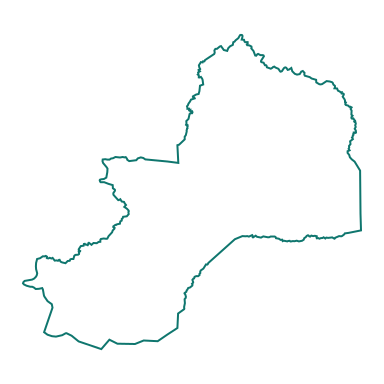 Cedros, Francisco Morazán, Honduras
{"feature_id": "27666195B52498637855734", "entity_name": "Cedros", "entity_type": "district", "adm_level": 2, "iso_a3": "HND", "parent_name": "Honduras", "parent_adm1": "Francisco Morazán", "projection": "albers", "projection_center": [-87.205, 14.525], "detail": "fine", "context": "isolated", "style": "outline", "palette": "teal", "viewbox_px": 384, "rotation_deg": 0, "n_neighbors": 0, "source": "geoboundaries", "source_scale": "gbopen_adm2", "svg_char_len": 5908}
<svg xmlns="http://www.w3.org/2000/svg" viewBox="0 0 384 384"><path d="M52.5,307.7L44.1,332.2L47.5,334.7L52.0,336.2L56.0,336.6L62.2,335.2L65.6,333.3L66.5,333.2L71.6,335.7L78.6,341.4L101.3,349.1L109.4,339.7L117.4,343.7L135.0,344.0L143.7,340.5L157.7,341.2L167.3,334.6L177.4,328.0L178.1,313.5L184.1,309.2L184.3,308.8L184.1,307.0L184.9,303.2L184.6,299.2L185.7,297.9L185.9,296.7L185.3,294.5L184.5,293.5L184.6,293.0L186.3,291.8L186.7,290.3L187.3,289.8L188.2,288.0L190.0,287.5L192.3,285.6L192.5,284.7L192.0,283.8L193.0,282.8L193.2,282.2L192.4,279.9L193.4,278.6L194.1,278.4L194.6,276.8L196.3,276.1L198.1,276.2L199.5,275.1L199.5,273.8L200.3,273.0L200.2,271.8L200.7,270.5L203.4,268.6L206.0,264.4L207.2,264.6L207.7,264.3L208.3,263.0L234.9,239.2L242.4,236.1L245.6,236.3L247.3,236.1L248.9,236.6L252.2,235.1L252.6,235.7L252.6,237.1L253.0,237.4L255.7,235.7L257.0,236.8L261.0,237.6L263.3,236.4L268.0,237.3L269.3,237.2L270.7,236.5L274.7,236.5L275.7,237.2L276.0,238.2L278.8,238.7L280.6,239.9L282.2,239.7L282.7,241.1L283.8,240.7L287.3,241.4L288.1,241.0L289.7,240.8L290.3,241.4L290.8,241.5L292.6,241.1L294.6,241.2L296.7,240.7L298.9,241.4L302.0,240.8L303.1,240.1L303.7,239.7L304.3,238.1L305.7,237.2L306.7,235.9L307.9,235.3L308.4,235.4L309.2,236.3L310.1,236.6L311.3,235.6L313.1,236.1L314.8,235.8L316.3,236.1L316.8,236.3L316.5,237.5L316.8,238.3L318.3,238.1L319.4,238.7L320.9,238.1L322.5,238.0L323.6,237.3L325.3,238.5L326.3,237.6L328.2,237.9L332.2,237.4L334.4,238.7L334.9,238.4L335.1,237.8L339.1,236.1L341.2,236.3L342.1,236.0L344.2,234.4L344.8,233.4L348.5,232.9L361.0,230.4L360.5,213.6L360.1,170.6L354.6,161.6L351.8,159.4L349.9,157.3L349.2,154.9L347.6,152.9L347.6,151.2L349.6,150.3L348.6,148.8L349.2,147.7L349.0,146.0L350.5,144.1L350.1,141.3L352.9,139.1L352.0,137.5L352.7,136.9L352.8,135.5L353.5,134.8L353.2,134.0L353.8,133.4L353.7,132.5L354.2,132.4L355.5,132.9L356.0,132.6L355.8,130.5L354.7,128.8L355.7,127.0L355.2,125.2L355.8,123.8L355.4,122.0L354.6,122.0L354.3,121.7L355.1,121.0L355.1,120.7L354.4,120.2L354.2,119.5L353.6,119.3L353.3,118.4L351.9,118.6L351.5,118.2L351.4,117.2L352.6,115.7L351.4,114.7L351.6,110.6L350.6,108.9L351.6,107.4L350.3,106.7L349.5,106.9L348.1,105.6L345.9,105.0L345.3,104.3L345.3,103.8L345.9,102.5L345.0,102.1L345.0,100.6L344.6,99.4L342.7,96.7L343.8,94.6L343.7,93.9L343.2,93.5L341.8,93.5L341.8,92.2L340.7,92.4L339.9,91.6L337.9,90.6L337.1,88.5L334.5,88.3L335.0,87.1L334.9,85.8L333.4,84.6L332.7,82.8L332.0,82.2L329.8,81.5L326.6,81.1L322.1,84.1L320.6,84.4L319.3,84.2L316.3,82.4L316.1,79.8L311.6,78.5L309.7,77.1L304.8,75.7L304.3,74.5L304.5,72.8L302.8,71.0L301.3,71.6L299.7,74.1L297.0,74.6L294.8,73.8L292.3,71.3L291.3,68.0L288.9,69.6L287.7,69.9L286.3,67.8L285.5,67.4L284.6,67.6L283.8,68.3L281.9,71.2L280.7,71.7L280.1,71.4L278.4,68.8L275.4,67.5L274.3,66.6L273.1,67.0L272.5,67.7L270.8,68.7L266.9,67.3L266.5,65.6L266.0,65.2L264.9,65.2L263.6,62.7L261.6,62.2L261.0,61.7L261.1,60.7L263.9,56.3L263.6,55.5L262.8,55.1L260.4,55.1L258.1,53.9L257.4,54.2L256.2,55.7L255.2,55.5L253.5,51.0L251.3,48.4L251.6,47.2L251.4,46.5L249.3,45.4L247.2,45.2L246.8,44.5L247.7,43.4L247.6,42.1L245.2,42.2L244.5,41.5L244.0,39.8L241.7,39.6L242.5,36.7L242.4,35.5L241.9,35.0L240.9,34.9L240.0,35.2L238.3,38.2L235.6,40.3L234.5,41.7L233.3,42.2L232.8,44.9L230.2,46.2L228.3,48.1L227.2,50.9L223.8,50.0L221.0,46.1L219.8,46.5L217.0,48.8L215.4,48.9L214.4,50.4L214.7,52.7L214.2,54.0L205.1,60.0L204.4,61.3L203.0,61.3L202.6,62.4L200.9,62.1L198.9,65.3L199.3,67.4L200.2,69.1L199.9,69.6L198.6,69.9L198.7,70.6L199.8,71.4L198.1,72.5L198.4,74.0L197.8,74.6L198.8,75.4L198.8,77.4L199.5,77.5L200.9,76.9L202.1,78.6L202.6,79.9L203.2,84.5L200.0,85.7L199.4,91.2L198.6,94.0L196.2,94.5L192.9,96.4L192.9,97.0L194.5,97.9L194.7,98.4L191.0,99.6L189.9,101.7L188.5,103.6L187.9,105.2L187.0,106.3L187.4,107.7L187.4,108.8L189.1,108.7L189.1,110.1L190.4,109.8L190.3,111.2L192.1,111.2L192.5,112.2L192.1,113.2L190.8,113.2L189.6,114.0L188.5,118.9L186.3,121.1L186.5,123.7L186.0,124.8L186.5,125.2L187.5,125.1L187.7,126.2L187.3,126.8L187.5,128.2L187.0,128.6L186.9,129.7L186.6,130.2L186.7,131.5L185.8,135.2L184.7,136.7L184.7,139.4L179.1,144.7L177.4,145.2L178.3,162.9L167.4,161.5L145.3,159.4L143.3,158.0L140.8,157.4L137.8,158.4L136.3,160.2L129.2,161.1L127.3,159.8L126.9,158.6L125.7,157.1L124.5,157.4L122.7,157.0L120.0,157.5L115.4,157.0L113.1,158.2L110.9,158.6L109.6,159.6L107.4,159.6L105.2,159.2L102.7,159.5L102.5,161.2L103.1,163.0L106.6,167.2L107.5,168.6L107.3,172.2L106.3,177.6L103.9,179.0L101.3,179.3L100.0,179.7L99.7,180.2L100.1,181.6L100.7,182.2L104.2,182.2L108.6,183.9L112.7,185.1L112.9,188.3L114.8,189.6L115.0,190.1L114.8,191.0L113.4,193.0L113.3,194.0L113.6,195.0L118.2,200.1L118.9,200.1L120.3,199.2L121.7,201.5L124.0,201.9L124.8,203.5L126.0,205.0L124.3,206.9L126.9,208.7L128.4,210.3L128.8,211.1L128.4,212.0L128.7,214.1L126.8,216.3L123.1,216.8L122.6,218.4L121.8,218.9L121.7,220.6L120.3,221.4L119.9,223.7L117.0,224.3L116.2,224.9L115.5,224.8L113.3,226.4L113.3,227.1L114.6,227.9L114.4,228.7L112.7,230.5L112.1,232.3L108.6,236.1L107.3,238.6L106.2,238.8L103.7,238.5L100.9,239.0L100.4,239.7L100.3,241.8L98.6,241.9L96.8,243.2L93.5,243.0L91.5,244.8L88.9,242.8L88.3,243.2L88.1,244.6L87.7,245.2L86.4,244.6L85.5,244.6L84.8,243.8L83.9,244.0L83.6,245.7L80.8,246.1L78.7,249.3L78.8,250.0L80.2,251.0L80.1,251.3L79.0,251.2L78.7,251.4L79.1,253.2L79.0,254.1L78.1,254.7L75.4,254.9L74.3,255.8L73.4,259.0L71.2,259.0L70.3,259.4L69.7,260.8L67.7,261.0L65.5,263.2L62.1,262.4L60.8,261.8L60.3,261.3L59.6,259.8L58.9,259.9L58.0,260.8L56.7,260.4L54.7,260.6L52.6,257.9L51.4,258.5L49.7,257.8L48.5,258.4L47.0,258.2L46.7,257.9L47.0,256.7L45.8,255.9L44.4,256.4L42.8,256.3L40.1,258.2L37.1,259.0L36.1,262.9L35.9,266.3L36.1,269.2L37.2,273.3L36.7,275.4L35.9,276.8L34.1,278.6L32.1,279.6L24.7,280.9L23.5,282.0L23.0,283.3L23.9,284.4L26.5,285.7L30.1,286.7L32.4,286.8L34.0,287.6L35.7,289.0L39.0,288.8L42.2,288.1L42.9,289.5L43.9,295.2L44.3,296.4L47.6,301.2L51.8,304.2L52.5,307.7Z" fill="none" stroke="#0f766e" stroke-width="2"/></svg>